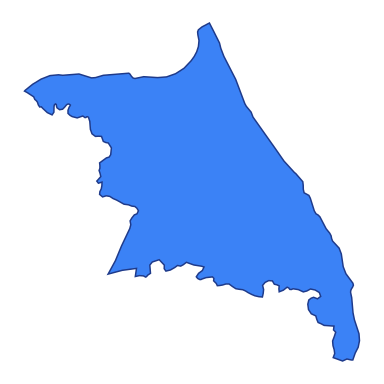 SVG path tracing the border of Gangwon
{"feature_id": "KOR-2496", "entity_name": "Gangwon", "entity_type": "Province", "adm_level": 1, "iso_a3": "KOR", "parent_name": "South Korea", "parent_adm1": "", "projection": "albers", "projection_center": [128.239, 37.618], "detail": "fine", "context": "isolated", "style": "filled", "palette": "blue", "viewbox_px": 384, "rotation_deg": 0, "n_neighbors": 0, "source": "natural_earth", "source_scale": "10m", "svg_char_len": 3208}
<svg xmlns="http://www.w3.org/2000/svg" viewBox="0 0 384 384"><path d="M157.6,77.6L166.6,76.9L175.6,73.7L184.1,68.2L191.1,60.8L194.2,56.5L196.7,51.8L198.4,46.6L199.0,40.6L197.9,34.9L197.6,31.9L198.4,29.8L202.0,26.9L209.4,23.0L213.4,30.8L219.5,43.0L220.8,48.3L223.9,56.4L235.7,79.4L244.8,103.6L246.3,106.3L251.1,112.1L253.0,117.1L275.3,148.6L284.0,161.1L294.4,172.5L295.8,173.6L302.8,181.7L303.2,185.2L303.3,189.3L304.1,192.8L308.9,195.4L310.3,198.2L314.3,210.9L316.0,213.8L318.1,215.0L319.9,216.8L326.1,228.7L329.8,233.3L331.1,235.8L331.6,238.5L332.6,241.1L339.1,248.1L341.3,253.9L343.2,266.7L345.9,273.7L352.9,283.2L353.4,285.2L352.6,287.1L351.4,289.0L350.7,290.8L350.6,292.5L351.7,297.7L353.0,312.7L354.4,319.7L359.0,333.8L359.5,340.7L358.2,347.2L355.2,353.1L352.8,360.0L351.4,360.0L346.9,359.0L342.6,361.0L333.2,357.6L334.7,353.6L334.2,349.8L333.0,345.7L332.6,341.0L334.3,336.5L335.7,332.2L334.6,331.0L333.5,329.9L334.0,326.1L324.1,325.4L321.2,323.8L318.1,322.5L316.8,319.4L315.8,315.9L311.3,313.8L308.5,309.6L307.8,304.2L308.8,300.0L311.1,298.2L313.6,297.3L317.5,298.8L320.7,296.4L319.3,292.5L315.1,290.0L310.5,289.0L306.8,291.0L303.3,291.9L298.4,289.6L293.1,288.8L291.3,289.5L289.8,289.4L288.7,287.9L287.1,287.2L283.3,290.2L279.2,291.8L278.9,288.9L279.2,285.9L276.9,284.8L274.3,284.2L272.4,280.9L268.7,280.6L265.1,282.4L262.6,285.4L263.6,289.5L263.2,293.4L262.4,297.0L258.9,296.7L254.9,295.8L251.6,294.4L248.1,292.6L245.4,290.9L242.7,289.7L239.3,289.3L235.8,288.7L232.3,286.4L229.1,284.0L225.8,284.0L222.6,285.0L219.7,285.5L217.3,285.7L216.3,283.5L213.6,280.8L213.9,278.4L212.5,276.9L206.1,277.6L202.1,279.0L200.8,279.6L199.6,279.5L197.7,278.5L196.3,276.8L198.6,273.3L202.4,270.5L204.0,267.0L201.6,266.2L193.9,265.0L186.4,262.3L183.3,264.7L180.7,266.1L177.5,265.5L174.8,267.5L170.4,270.0L165.9,271.1L164.2,268.7L164.3,265.1L159.2,259.7L152.3,262.0L149.8,265.1L150.5,273.3L147.8,275.1L146.9,276.2L145.8,277.1L144.7,276.6L143.5,275.9L139.4,275.6L135.3,276.5L136.5,268.4L122.3,270.3L108.1,274.1L115.4,260.7L121.5,246.0L129.8,228.5L130.8,224.7L130.1,220.9L131.9,217.9L134.3,214.9L137.0,213.8L138.4,210.8L136.9,208.2L134.9,206.5L131.8,206.1L128.5,204.8L124.0,204.2L116.5,200.0L113.2,198.6L109.8,196.4L106.2,195.8L102.6,196.9L99.6,194.4L99.9,191.6L101.3,188.8L101.9,185.5L102.0,182.1L98.4,183.2L96.8,181.1L100.8,176.6L100.1,173.5L99.1,170.5L99.9,168.2L99.9,165.5L99.6,162.9L106.4,157.9L109.1,157.1L110.7,154.7L111.4,147.9L108.3,143.0L105.7,142.5L103.3,141.4L101.5,136.4L98.5,136.2L95.4,136.4L92.0,133.8L90.4,129.4L89.8,121.4L88.5,117.4L87.6,116.7L86.6,116.8L85.9,117.5L85.0,117.6L82.8,116.0L77.2,117.9L72.2,116.6L70.1,115.4L68.0,113.4L68.0,110.3L69.1,107.3L69.8,106.2L70.4,105.1L69.5,104.3L68.4,104.0L67.3,104.3L66.4,105.0L64.6,107.2L62.6,109.2L59.6,109.7L57.0,107.8L56.5,106.2L56.3,104.5L55.4,103.9L54.3,105.0L54.0,106.7L53.9,112.2L52.1,114.9L47.3,112.6L42.9,108.5L41.3,106.8L39.7,107.0L38.3,104.9L37.4,102.1L36.2,100.6L34.8,99.4L33.7,96.8L31.7,95.5L27.1,92.5L24.5,91.1L25.3,90.2L32.6,84.3L41.1,79.1L50.0,75.6L58.5,74.8L62.7,75.3L79.0,74.0L91.5,77.9L95.5,77.6L103.3,75.3L128.8,73.2L129.9,74.0L131.5,76.4L133.2,78.1L135.0,78.5L143.7,76.7L157.6,77.6Z" fill="#3b82f6" stroke="#1e3a8a" stroke-width="1.5"/></svg>